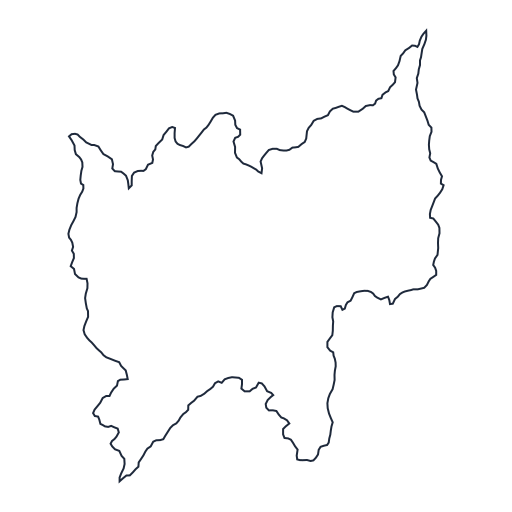 outline of Itapecerica, Minas Gerais, Brazil
{"feature_id": "56859067B8389558658306", "entity_name": "Itapecerica", "entity_type": "district", "adm_level": 2, "iso_a3": "BRA", "parent_name": "Brazil", "parent_adm1": "Minas Gerais", "projection": "equal_earth", "projection_center": [-45.108, -20.455], "detail": "fine", "context": "isolated", "style": "outline", "palette": "slate", "viewbox_px": 512, "rotation_deg": 0, "n_neighbors": 0, "source": "geoboundaries", "source_scale": "gbopen_adm2", "svg_char_len": 5915}
<svg xmlns="http://www.w3.org/2000/svg" viewBox="0 0 512 512"><path d="M302.6,460.2L307.0,460.0L310.6,461.0L313.4,460.4L315.9,457.7L318.0,454.5L318.7,449.8L320.6,446.8L324.0,445.7L327.1,445.0L328.7,442.6L329.3,438.4L330.3,434.7L330.8,430.6L331.5,426.4L332.7,422.3L330.8,418.0L329.0,413.5L327.7,408.2L327.4,403.2L328.3,398.2L329.9,393.9L332.6,389.2L333.7,384.5L334.6,380.0L334.5,374.9L334.9,370.6L335.7,366.3L335.6,362.6L334.8,358.7L333.6,355.7L333.2,352.3L330.2,350.7L327.4,347.2L327.4,341.9L329.9,338.4L332.3,335.2L332.8,330.9L332.9,325.5L333.2,321.5L332.4,317.2L332.7,312.3L334.2,307.3L336.8,306.1L340.7,306.2L342.4,309.8L344.8,308.6L345.9,304.9L347.5,302.3L350.6,300.7L352.3,297.4L354.2,293.2L356.7,292.0L359.3,291.5L361.8,291.1L364.3,290.8L367.8,290.9L371.0,292.0L373.2,293.6L374.9,296.0L377.2,297.6L380.9,299.4L384.5,297.9L388.0,296.7L389.3,300.1L390.0,304.1L392.8,303.7L395.0,299.0L397.8,296.7L399.9,294.1L402.4,292.5L404.8,291.5L408.4,290.6L410.9,290.1L413.4,289.3L417.9,289.3L420.9,288.6L424.2,287.8L426.9,285.0L428.8,281.2L430.4,278.8L433.0,277.1L436.2,274.9L436.2,270.9L435.1,267.7L433.2,265.0L433.9,261.6L435.0,258.4L437.5,254.9L438.2,248.1L438.0,242.9L438.2,238.2L439.5,233.3L439.4,227.9L438.2,224.7L435.8,221.6L433.3,218.5L430.1,217.8L429.9,214.0L430.7,209.9L432.7,204.8L435.1,198.5L437.7,195.7L440.0,192.8L442.3,189.2L443.6,185.2L440.9,183.6L441.0,179.8L442.0,176.3L439.7,172.4L437.8,168.5L436.3,163.8L433.3,162.0L430.7,160.6L429.4,157.5L430.2,153.3L429.2,149.3L428.9,144.7L429.2,140.6L429.8,136.1L431.5,131.8L431.4,127.6L428.7,124.8L427.5,120.8L425.6,115.9L424.2,112.3L421.5,109.6L419.6,105.8L418.9,101.8L417.5,98.4L417.0,94.7L416.0,89.6L417.5,82.9L416.8,78.1L418.3,73.7L418.8,69.3L420.0,65.1L420.0,60.4L421.0,57.3L421.5,54.0L422.3,48.9L424.4,44.1L425.9,39.7L426.4,35.8L426.2,30.7L423.5,33.7L421.5,36.6L419.8,40.6L419.0,44.3L417.4,46.9L415.1,45.8L412.1,45.5L409.0,48.0L405.3,50.3L403.1,53.4L400.7,55.9L399.5,61.1L398.0,65.3L396.0,68.1L393.5,71.0L393.8,74.4L395.6,77.4L395.0,82.2L392.8,84.7L390.1,87.2L388.2,91.1L385.7,92.3L382.5,94.8L381.4,98.2L378.4,98.8L376.1,100.6L375.1,103.6L372.9,105.3L370.1,105.1L365.8,106.0L362.7,108.8L358.3,111.7L353.4,111.7L350.1,110.1L347.1,108.5L344.8,107.1L341.9,105.8L338.5,106.9L335.8,107.9L332.8,108.7L329.9,111.4L327.9,115.2L324.6,116.6L321.1,118.4L317.3,118.9L313.7,120.8L311.2,125.0L308.7,127.8L307.0,131.2L306.2,138.6L304.7,142.0L301.7,144.0L298.3,146.9L295.0,147.4L292.4,147.6L289.4,149.8L286.6,150.5L283.3,150.5L279.8,150.1L276.8,148.8L272.6,148.8L268.8,150.0L266.2,153.0L264.0,155.7L262.1,158.2L260.6,161.5L261.3,164.7L262.1,168.3L261.5,173.2L258.2,171.5L256.2,169.6L253.9,168.3L251.2,166.7L248.7,165.5L245.8,164.3L243.4,163.6L241.3,161.7L239.2,159.2L236.9,157.5L235.0,152.8L235.1,147.0L233.5,141.5L235.2,137.8L238.1,136.8L240.2,134.7L240.1,129.6L237.0,128.1L235.3,124.8L235.1,120.6L233.1,115.7L229.9,114.0L226.4,112.8L222.9,113.3L219.4,113.4L215.5,114.8L212.9,117.7L210.5,121.8L208.4,125.1L206.4,127.6L203.9,129.5L201.6,132.5L199.2,135.5L196.9,138.4L194.4,141.3L191.4,144.0L188.7,146.7L186.0,147.4L183.1,146.0L179.8,145.0L177.5,143.8L175.6,141.5L174.6,138.0L174.6,133.0L175.0,128.0L172.2,127.0L169.0,128.3L166.3,131.8L163.6,135.0L162.2,139.5L158.5,143.1L155.8,146.0L155.3,149.4L153.3,151.8L152.2,155.5L153.0,159.5L152.3,162.9L148.0,164.7L145.8,169.2L143.5,170.9L141.0,170.8L137.8,171.0L134.1,172.6L131.9,175.9L131.7,181.0L131.7,185.4L128.8,188.3L128.3,183.9L127.8,180.3L126.0,175.7L123.5,173.5L121.1,171.7L118.0,171.5L114.8,171.2L112.3,168.5L113.0,164.2L111.9,159.3L107.7,156.4L103.4,154.1L100.6,150.1L98.4,146.5L94.2,145.0L91.5,145.0L88.7,143.6L86.2,142.4L83.3,139.5L79.8,136.8L77.6,134.5L75.0,133.8L71.6,134.2L69.0,136.4L71.7,140.3L74.5,145.5L74.7,150.1L75.9,154.2L79.3,157.1L81.1,159.5L82.3,162.4L82.5,166.9L81.4,170.7L80.7,175.6L80.3,179.9L81.0,183.6L83.3,185.0L83.4,188.5L82.2,191.7L80.2,194.9L78.6,198.6L77.4,203.2L76.6,207.9L76.6,212.1L75.5,217.0L73.3,221.4L71.3,225.0L69.4,229.7L68.4,233.8L69.1,237.6L70.9,239.8L72.3,242.7L73.1,246.9L71.9,250.6L73.8,253.8L73.9,258.1L72.2,262.1L70.7,266.2L74.0,268.9L75.0,274.0L78.5,277.4L81.3,278.6L84.1,278.8L86.6,278.8L87.5,283.3L87.4,288.2L85.8,293.6L85.1,298.1L85.8,303.1L86.8,308.4L88.0,311.1L88.1,316.9L86.2,321.3L84.4,326.0L83.5,330.1L84.7,334.3L87.1,337.8L89.4,340.4L91.6,342.4L94.0,345.1L96.5,348.1L99.1,350.5L101.2,352.3L103.5,355.2L106.3,357.3L110.2,358.8L115.2,360.8L119.2,362.2L121.1,365.9L123.3,368.1L125.7,370.4L126.9,375.0L127.7,379.1L124.1,379.5L120.3,379.7L117.9,381.1L117.0,385.6L113.7,388.7L111.1,392.6L109.5,396.0L106.2,396.0L102.7,398.0L100.2,402.8L97.1,406.6L94.6,409.6L93.1,413.1L94.8,416.0L98.1,416.6L99.3,419.6L100.4,423.9L102.7,425.0L105.0,426.4L108.2,426.9L111.2,425.9L114.5,427.4L117.7,428.6L118.8,432.4L116.5,436.6L114.5,439.0L112.0,441.0L110.6,443.7L112.2,446.4L115.0,449.3L119.3,450.9L121.6,455.9L124.3,458.8L124.6,464.0L123.6,468.5L121.2,473.4L119.6,477.5L119.6,481.3L123.2,478.1L126.4,475.5L129.8,475.4L132.9,472.3L135.6,469.2L138.4,466.7L138.7,462.4L140.9,459.2L143.4,455.4L145.4,451.5L147.4,448.6L150.7,446.4L153.2,441.7L156.2,440.3L160.2,440.1L163.3,439.2L165.2,435.9L168.0,431.5L170.3,427.9L173.0,425.2L176.3,423.4L178.7,420.6L180.4,417.5L183.3,414.0L185.9,412.2L188.2,409.8L188.3,405.4L191.3,402.8L194.1,400.7L197.5,396.7L200.7,395.9L204.3,393.7L207.2,391.1L210.3,389.0L213.0,386.7L215.0,383.2L218.2,381.4L221.7,382.8L224.7,379.3L228.2,378.0L232.0,377.2L238.9,377.8L242.0,379.8L242.0,384.2L241.4,388.6L244.6,391.3L249.7,391.3L252.6,388.8L256.0,387.5L258.7,382.7L261.8,383.4L264.5,386.4L267.1,391.2L271.2,392.9L273.2,395.1L270.9,396.9L267.7,400.0L265.7,404.0L266.3,407.7L268.9,410.4L272.8,410.3L276.4,411.0L278.7,414.5L281.3,417.5L283.7,418.3L287.0,420.3L289.3,423.5L285.7,426.4L283.1,429.0L283.1,434.4L284.5,438.0L288.1,438.4L290.9,439.7L293.0,442.8L295.0,446.2L297.6,449.6L296.7,455.6L297.2,459.4L299.8,460.1L302.6,460.2Z" fill="none" stroke="#1e293b" stroke-width="2"/></svg>